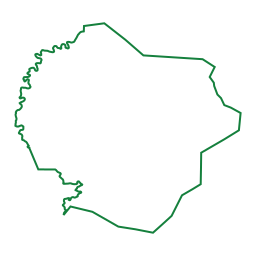 Jargalant, Arhangay, Mongolia
{"feature_id": "93677404B33687570251576", "entity_name": "Jargalant", "entity_type": "district", "adm_level": 2, "iso_a3": "MNG", "parent_name": "Mongolia", "parent_adm1": "Arhangay", "projection": "robinson", "projection_center": [100.463, 48.654], "detail": "fine", "context": "isolated", "style": "outline", "palette": "green", "viewbox_px": 256, "rotation_deg": 0, "n_neighbors": 0, "source": "geoboundaries", "source_scale": "gbopen_adm2", "svg_char_len": 5380}
<svg xmlns="http://www.w3.org/2000/svg" viewBox="0 0 256 256"><path d="M84.0,26.0L83.8,31.4L83.3,31.5L82.6,31.5L81.8,31.7L80.8,32.0L79.7,32.8L79.1,33.7L78.5,34.2L77.9,35.0L77.2,36.4L76.7,37.4L76.0,38.6L75.1,40.0L74.5,41.2L74.0,41.8L73.4,42.1L72.6,42.3L72.0,42.5L71.5,42.5L71.0,42.5L69.5,42.0L68.7,41.9L67.9,41.9L67.3,42.1L67.0,42.3L67.0,43.1L67.4,43.9L68.0,44.8L68.4,45.6L68.5,46.2L68.8,47.1L68.8,47.8L68.7,48.0L68.1,48.4L67.5,48.4L67.1,48.2L66.4,47.9L65.7,47.7L65.5,47.4L65.5,46.3L65.4,45.8L65.0,44.8L64.6,44.5L64.2,44.3L63.5,44.1L62.9,44.1L62.3,44.3L61.8,44.7L61.6,45.3L61.1,46.3L61.1,46.7L61.3,48.3L61.1,48.6L60.8,48.8L60.5,48.8L60.0,48.5L59.7,48.2L59.2,48.1L58.0,48.0L57.4,47.6L56.9,47.0L56.7,46.5L56.1,46.1L54.9,46.0L54.2,46.3L53.6,47.1L53.1,47.8L53.0,48.2L53.6,49.7L53.8,50.0L53.9,50.7L54.1,51.2L54.0,51.7L53.4,52.1L52.9,52.2L52.3,52.2L49.4,51.6L47.6,50.8L44.4,50.6L44.0,50.5L43.6,50.3L42.8,50.1L42.3,50.1L42.0,50.3L41.6,51.0L41.0,51.8L40.8,52.2L40.8,52.6L41.1,53.2L41.2,54.0L41.2,55.0L40.8,55.2L40.7,55.3L40.4,55.4L39.9,55.2L39.4,54.9L38.4,54.5L37.8,54.1L37.3,53.9L36.7,53.9L35.9,54.1L35.6,54.2L35.4,54.4L35.3,54.7L35.4,55.2L35.8,56.1L36.5,56.9L37.0,57.4L37.7,57.9L38.7,58.1L40.2,58.4L40.8,58.6L41.3,59.2L41.5,59.6L41.5,60.2L41.4,60.5L41.1,61.0L40.9,61.7L40.9,62.4L40.8,62.8L40.6,63.1L40.3,63.3L39.8,63.3L38.9,63.1L37.8,63.1L36.7,63.2L36.1,63.5L35.8,63.9L35.8,64.3L36.1,65.0L36.5,65.4L36.8,65.9L37.0,66.8L37.2,67.8L37.6,68.6L37.6,69.0L37.5,70.3L37.2,70.6L36.9,70.7L36.5,70.8L36.1,70.8L35.6,70.6L35.3,70.4L35.1,70.1L34.7,69.0L34.3,68.5L33.9,68.0L33.5,67.8L32.3,67.8L31.8,67.9L31.3,68.0L30.3,68.5L29.5,68.9L29.3,69.2L29.3,69.6L29.7,70.8L29.7,71.1L29.6,71.4L29.2,71.7L28.8,72.0L28.2,72.3L27.5,73.0L27.4,73.3L27.5,73.6L28.1,74.1L28.9,74.5L29.4,74.7L29.9,75.0L30.0,75.3L30.0,75.6L29.6,76.1L29.1,76.5L28.5,76.8L28.1,76.9L27.6,77.0L25.3,77.1L24.5,77.1L24.1,77.2L23.9,77.5L23.4,78.5L23.5,79.3L23.8,79.9L24.1,80.0L24.3,80.5L24.4,81.2L24.6,81.4L24.8,81.4L25.2,81.3L25.5,81.1L26.3,80.0L26.7,79.7L27.7,79.2L28.7,79.7L28.9,80.1L28.7,81.0L28.5,81.8L28.4,83.0L28.6,83.6L28.8,83.9L29.7,84.8L30.0,85.9L30.4,86.5L30.5,86.9L30.1,87.5L29.8,87.9L29.1,88.2L28.5,88.4L27.9,88.4L26.7,88.2L25.8,87.8L24.8,87.7L23.8,87.8L22.9,87.5L22.2,87.5L21.7,87.6L21.3,87.8L21.0,88.4L20.9,89.7L20.6,90.5L20.7,91.3L21.2,93.7L21.2,94.3L21.0,95.4L20.6,96.5L20.4,96.8L19.9,97.1L19.6,97.4L19.6,97.7L19.8,98.1L20.0,98.3L20.3,98.4L21.1,98.2L22.1,97.8L23.0,97.6L23.9,97.8L24.5,98.3L24.8,98.9L24.8,99.3L24.5,100.1L24.3,100.5L23.7,100.9L23.0,101.4L21.9,101.9L21.0,102.2L20.3,102.7L20.0,102.9L19.7,103.1L19.8,103.4L20.1,103.7L20.8,104.2L21.5,104.9L21.8,106.1L21.8,106.4L21.7,106.9L21.5,107.4L21.0,108.1L20.1,109.1L19.3,109.8L18.7,109.9L17.9,110.0L17.2,110.4L16.5,111.0L15.9,112.0L15.8,112.3L16.0,112.8L16.0,113.3L15.8,113.7L15.6,114.3L15.6,114.7L15.7,115.6L16.0,116.9L16.2,117.3L16.5,118.5L16.5,119.1L16.4,119.6L16.3,120.1L15.8,120.8L15.8,121.1L15.9,122.2L15.8,123.0L15.6,123.4L15.6,124.1L15.4,125.3L15.5,125.9L16.0,126.0L16.4,126.4L17.9,126.6L18.9,126.4L19.2,126.1L20.0,125.9L20.6,125.6L21.5,125.4L21.8,125.6L22.3,125.7L22.8,126.2L23.3,126.5L23.4,126.9L23.3,127.4L23.4,127.9L23.3,129.0L23.2,129.4L22.9,129.7L22.1,129.9L21.0,130.0L20.5,130.2L20.0,130.6L19.5,131.8L19.2,132.2L18.9,132.9L19.0,133.3L19.4,133.6L20.6,134.0L21.6,134.5L21.9,134.9L22.2,135.5L22.4,136.2L22.1,137.4L22.3,138.3L22.1,138.8L22.1,139.2L22.3,139.8L22.8,140.0L23.9,140.3L24.9,141.2L26.1,141.8L26.8,142.6L27.6,144.0L27.9,144.6L28.3,145.2L28.7,145.8L28.3,146.2L28.0,146.3L27.7,146.5L27.6,146.8L28.2,147.5L28.7,147.7L29.4,147.8L29.4,148.2L38.3,169.4L55.2,169.5L56.0,170.0L56.9,171.1L57.8,172.0L60.3,173.1L60.7,173.6L60.7,174.1L60.4,174.7L60.0,175.3L59.8,175.7L59.6,176.0L59.6,176.4L59.9,176.9L60.5,177.4L62.0,178.8L62.7,179.3L63.2,180.2L63.4,181.2L63.4,181.8L63.6,182.4L63.2,183.1L63.4,183.5L63.5,183.7L64.0,183.8L68.1,183.6L69.7,183.3L70.8,183.3L71.7,183.7L73.2,184.1L74.4,184.2L75.8,184.1L76.4,184.1L76.9,183.8L77.1,183.5L77.3,183.2L77.3,182.7L77.2,182.3L77.5,181.9L77.7,181.6L78.0,181.5L78.4,181.4L78.9,181.5L79.3,181.9L79.7,182.5L80.1,182.8L80.9,183.7L81.0,184.1L81.6,184.1L82.0,184.3L82.2,184.6L81.9,185.1L80.7,185.5L80.1,185.9L79.6,186.1L79.2,186.5L78.8,186.6L77.6,187.0L77.1,187.7L77.0,188.3L76.6,188.8L75.7,189.6L75.6,190.2L76.1,190.3L76.7,190.6L77.2,191.0L78.1,191.4L78.9,191.7L79.3,191.8L79.8,191.6L80.0,191.5L80.3,191.7L80.7,191.7L81.1,192.0L81.2,192.4L80.8,192.9L79.9,193.1L79.2,193.6L78.2,194.3L77.8,195.1L77.6,195.4L77.7,196.3L77.4,196.6L77.0,196.7L76.6,196.8L75.6,197.4L74.7,197.6L74.1,197.5L73.4,197.2L72.9,197.1L72.4,197.2L71.9,197.4L71.4,197.7L70.9,198.3L70.7,199.1L70.4,199.7L70.1,200.1L69.9,200.2L69.7,200.2L69.3,200.1L68.8,199.8L68.9,199.4L69.1,199.1L69.2,198.8L69.2,198.3L68.8,198.1L68.2,198.1L67.3,198.4L66.1,198.8L65.1,198.9L64.6,199.0L64.3,199.2L64.2,199.4L64.0,199.7L63.9,200.8L64.0,201.6L64.6,202.6L64.6,203.2L64.3,203.6L62.9,204.9L62.9,205.5L63.6,206.0L64.7,207.4L64.7,208.9L65.0,209.5L65.8,209.9L66.1,210.2L65.6,211.1L64.8,211.9L64.0,213.0L63.6,215.0L70.5,206.5L92.4,211.8L118.3,226.6L135.5,229.3L153.0,232.7L161.6,225.0L171.6,215.9L182.0,195.3L192.5,189.2L200.7,184.2L201.0,167.7L201.2,152.7L224.3,139.3L238.9,130.3L240.6,113.0L230.8,107.6L224.3,105.1L221.0,98.1L217.4,94.5L214.2,86.0L213.8,82.7L209.7,77.0L214.7,67.0L202.6,59.2L143.4,55.4L125.3,39.7L104.3,23.3L84.0,26.0Z" fill="none" stroke="#15803d" stroke-width="2"/></svg>